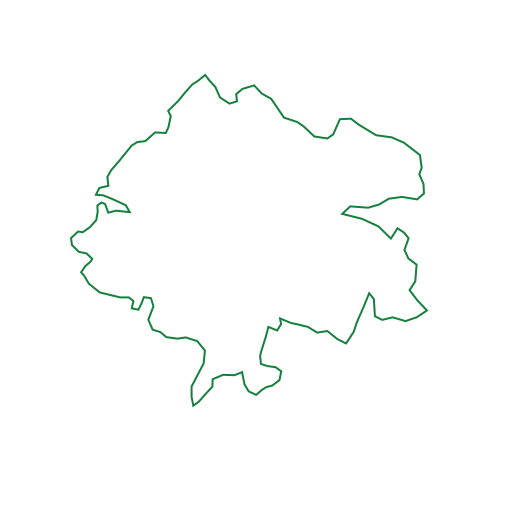 the district of Filousa Chrysochous, Paphos, Cyprus, rotated 291°
{"feature_id": "46923920B66309151890568", "entity_name": "Filousa Chrysochous", "entity_type": "district", "adm_level": 2, "iso_a3": "CYP", "parent_name": "Cyprus", "parent_adm1": "Paphos", "projection": "robinson", "projection_center": [32.502, 34.967], "detail": "fine", "context": "isolated", "style": "outline", "palette": "green", "viewbox_px": 512, "rotation_deg": 291, "n_neighbors": 0, "source": "geoboundaries", "source_scale": "gbopen_adm2", "svg_char_len": 2098}
<svg xmlns="http://www.w3.org/2000/svg" viewBox="0 0 512 512"><g transform="rotate(291 256 256)"><path d="M178.1,98.6L176.3,102.2L170.2,110.0L166.0,123.1L167.1,131.9L168.7,144.1L171.8,152.1L170.0,157.7L162.6,158.8L163.7,165.4L170.7,166.1L177.4,166.1L179.0,173.0L172.3,178.3L157.9,178.3L150.2,185.9L150.7,194.1L148.1,201.3L150.7,212.3L154.8,219.6L155.5,231.7L149.4,242.2L137.0,245.6L124.7,244.2L111.1,242.6L101.3,246.4L94.0,251.0L93.8,251.1L99.2,254.7L107.9,257.9L118.4,262.1L125.4,259.7L133.3,267.9L137.0,278.6L142.6,284.6L132.1,291.2L127.0,297.7L126.4,305.9L133.6,309.8L137.3,312.7L140.8,317.5L148.5,322.4L157.4,320.9L159.2,314.1L157.3,305.9L157.0,299.3L164.3,295.6L168.1,295.1L184.1,294.1L194.2,293.0L194.1,302.5L201.4,303.8L206.3,300.9L206.0,312.9L207.0,318.5L208.4,330.0L206.4,340.6L211.5,349.4L207.6,361.8L206.6,371.4L217.5,373.8L220.4,374.4L229.9,373.9L246.7,374.7L261.8,375.0L258.0,381.5L242.4,388.6L241.6,396.7L247.7,405.5L248.8,418.9L256.4,428.0L266.4,435.1L272.3,422.7L279.2,411.6L289.4,413.8L305.5,409.0L308.3,399.2L314.9,392.4L327.2,392.1L330.8,386.1L332.6,378.2L320.6,375.7L327.5,359.8L328.7,341.6L326.2,321.4L336.1,326.2L341.3,343.4L348.2,352.5L357.1,359.5L363.5,371.2L366.6,386.1L374.5,390.4L383.2,386.6L390.8,379.2L398.0,379.0L401.3,377.1L409.0,372.9L414.8,353.5L415.4,340.1L412.3,327.0L411.8,324.9L415.3,305.5L418.2,295.4L413.8,285.3L397.2,284.5L391.3,280.5L388.5,267.6L394.1,254.0L395.9,246.4L395.2,232.5L402.6,221.9L408.2,213.8L409.7,203.2L414.6,193.1L407.2,183.5L400.0,179.5L393.6,182.8L388.8,176.7L391.1,165.6L399.2,157.5L403.1,149.7L406.8,143.6L399.1,139.3L393.2,135.0L383.7,131.4L372.6,127.7L360.1,122.0L356.0,126.3L344.9,128.1L338.5,127.7L335.2,117.5L323.5,111.4L319.8,104.3L314.4,100.3L295.7,94.2L284.4,90.1L276.6,88.9L268.6,93.0L263.4,85.4L255.8,84.6L257.9,91.7L257.7,101.1L257.3,108.2L256.7,116.3L251.7,122.4L248.1,108.9L243.5,102.6L250.5,96.4L250.5,92.5L246.3,89.8L240.7,92.3L232.2,94.0L223.2,90.5L216.1,85.7L215.1,81.2L206.5,76.9L200.3,80.2L196.4,89.2L197.7,96.7L194.7,104.1L191.5,103.6L185.2,100.2L178.1,98.6Z" fill="none" stroke="#15803d" stroke-width="2"/></g></svg>